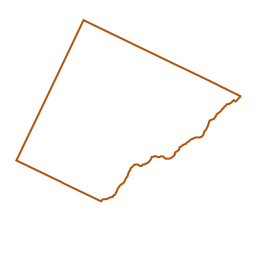 La Plata, Colorado, United States of America (Albers equal-area conic projection), rotated 206°
{"feature_id": "52423323B97319640359332", "entity_name": "La Plata", "entity_type": "district", "adm_level": 2, "iso_a3": "USA", "parent_name": "United States of America", "parent_adm1": "Colorado", "projection": "albers", "projection_center": [-108.15, 37.32], "detail": "fine", "context": "isolated", "style": "outline", "palette": "amber", "viewbox_px": 256, "rotation_deg": 206, "n_neighbors": 0, "source": "geoboundaries", "source_scale": "gbopen_adm2", "svg_char_len": 1447}
<svg xmlns="http://www.w3.org/2000/svg" viewBox="0 0 256 256"><g transform="rotate(206 128 128)"><path d="M214.4,102.6L214.1,49.9L163.8,50.2L162.4,50.0L120.1,50.3L119.5,52.7L116.4,54.5L114.3,56.7L113.5,58.1L112.2,58.7L111.4,59.7L111.6,60.9L111.1,61.6L110.5,62.0L110.4,63.1L110.5,64.4L110.4,66.8L110.7,68.2L110.5,70.0L110.2,72.0L109.7,73.9L108.1,76.1L107.7,78.6L107.8,80.9L107.7,82.4L107.3,84.3L107.6,85.9L107.9,88.2L108.0,89.6L107.5,91.0L108.0,93.0L107.1,94.6L106.8,96.2L106.0,98.0L104.8,98.7L103.6,99.4L101.9,99.3L100.3,99.1L99.1,100.0L98.8,101.6L97.6,102.1L96.5,103.7L95.4,104.6L94.5,106.4L94.0,108.1L93.7,110.4L94.0,112.2L92.6,113.3L91.2,114.7L87.4,115.2L85.6,117.3L83.4,117.7L80.8,116.9L78.2,118.2L76.3,119.5L74.9,122.5L74.3,124.8L74.9,125.7L74.8,127.0L73.4,128.9L72.6,130.9L73.2,133.3L72.1,134.7L71.6,136.0L70.6,137.6L69.1,139.0L68.5,141.2L67.5,142.6L66.7,144.9L66.0,145.6L64.6,147.4L63.3,149.0L60.9,150.2L59.3,151.0L57.6,153.0L57.3,155.7L57.9,157.6L57.2,160.2L57.1,165.0L57.5,167.6L57.9,170.5L54.6,174.1L54.4,176.1L54.2,177.9L54.3,179.6L53.4,180.7L52.8,182.2L52.0,183.6L51.9,184.8L51.6,186.3L50.9,187.4L50.9,189.0L49.9,190.9L49.7,192.5L47.7,194.0L46.2,196.2L45.9,197.5L45.4,198.9L44.9,199.5L44.2,199.2L43.2,198.9L42.3,200.3L41.8,202.1L41.4,203.9L40.9,204.8L40.8,205.7L41.0,205.9L52.3,205.9L58.6,206.0L58.7,205.9L65.9,206.0L66.2,206.1L108.1,205.9L114.5,205.8L215.2,205.4L214.4,102.6Z" fill="none" stroke="#b45309" stroke-width="2"/></g></svg>